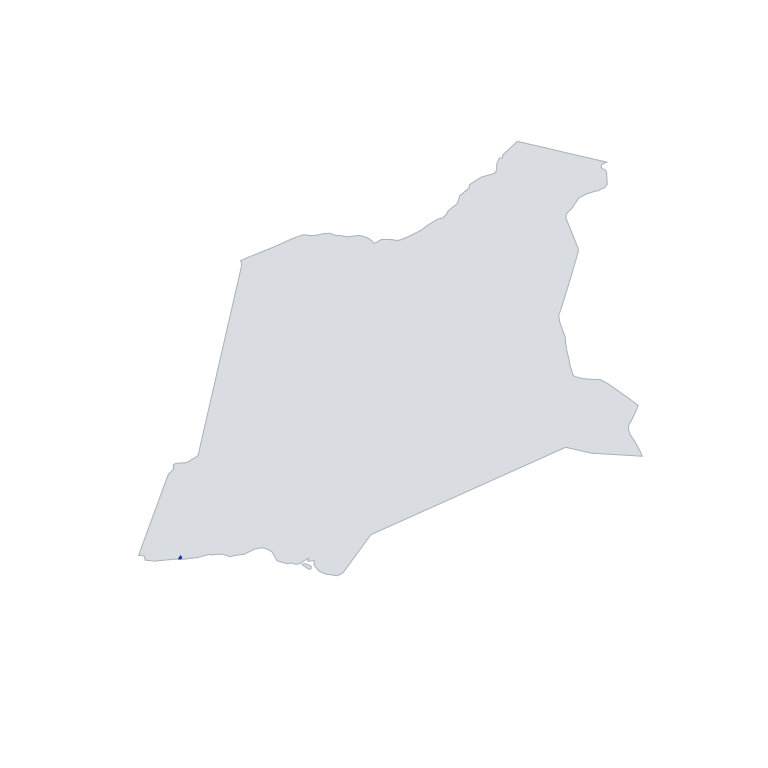 Mvita, Kenya shown in context, rotated 66°
{"feature_id": "3690345B40484627971500", "entity_name": "Mvita", "entity_type": "district", "adm_level": 2, "iso_a3": "KEN", "parent_name": "Kenya", "parent_adm1": "", "projection": "equal_earth", "projection_center": [39.663, -4.052], "detail": "fine", "context": "in_parent", "style": "filled", "palette": "blue", "viewbox_px": 768, "rotation_deg": 66, "n_neighbors": 0, "source": "geoboundaries", "source_scale": "gbopen_adm2", "svg_char_len": 3452}
<svg xmlns="http://www.w3.org/2000/svg" viewBox="0 0 768 768"><g transform="rotate(66 384 384)"><path d="M213.1,464.9L213.0,455.0L214.0,430.0L213.9,408.0L214.8,397.0L218.9,390.0L220.7,385.0L222.1,377.9L224.2,372.1L229.0,367.4L229.8,364.8L234.9,357.0L237.9,346.9L240.2,343.5L243.1,340.3L245.1,338.6L248.4,336.9L251.0,336.0L251.5,335.2L251.7,333.6L250.9,327.3L252.0,325.3L253.8,321.1L255.8,317.2L257.6,314.7L258.7,312.2L259.2,307.8L259.2,304.7L259.2,299.6L258.6,288.0L256.5,278.3L255.2,267.5L256.2,263.9L254.5,257.6L253.7,257.2L252.3,255.8L250.5,249.9L249.2,244.4L248.4,243.0L242.7,238.2L239.8,227.0L236.6,224.5L234.9,213.3L234.6,210.1L236.4,198.9L236.2,196.4L234.3,194.0L229.0,191.6L224.6,187.0L225.2,185.4L225.5,183.7L223.2,182.6L216.6,163.5L225.2,152.1L233.9,140.4L245.1,125.8L255.3,112.3L264.1,100.6L272.0,90.2L271.8,92.2L271.9,94.9L272.8,96.5L274.5,97.6L276.7,96.4L278.7,94.8L280.6,94.4L292.4,98.8L294.4,102.5L294.2,106.6L294.7,109.5L293.8,112.5L292.8,121.4L293.1,129.7L296.6,135.7L299.8,140.5L302.3,147.2L304.1,149.2L306.7,150.3L314.8,150.6L326.9,151.0L338.4,151.4L339.5,151.6L341.9,152.5L352.6,161.5L362.3,169.8L370.6,177.0L378.6,184.0L386.4,190.8L392.4,196.5L398.4,198.2L408.1,199.0L414.8,199.3L421.0,201.7L430.2,203.9L437.0,205.0L441.2,206.3L452.7,207.6L454.6,206.8L459.7,200.6L465.4,190.4L467.6,184.8L475.0,179.2L487.9,171.5L497.0,166.0L507.1,160.5L511.7,165.3L518.0,172.9L520.9,176.7L523.2,178.4L526.6,179.5L530.8,179.5L533.1,179.3L537.8,178.3L548.7,177.4L555.0,177.5L549.7,187.7L543.4,199.8L531.8,222.3L523.0,234.1L516.3,243.0L515.7,244.6L515.7,254.5L515.8,278.8L515.9,327.5L516.1,376.1L516.2,424.8L516.3,449.1L516.3,457.3L522.2,467.5L527.9,477.5L535.5,490.7L539.6,497.8L540.2,500.2L540.0,504.9L533.8,514.8L528.7,519.3L521.8,521.5L519.7,521.1L517.0,519.6L516.0,522.0L515.2,525.7L513.6,524.9L512.5,523.8L513.2,530.4L513.9,533.7L512.8,538.1L509.5,541.9L509.2,545.1L502.0,553.6L491.7,554.6L486.3,558.8L483.9,562.2L482.1,569.7L482.7,581.3L479.9,590.2L479.3,594.6L474.0,600.4L471.7,605.7L469.9,611.1L468.4,613.5L466.6,625.5L464.1,632.8L463.5,635.3L462.9,637.5L461.0,641.8L459.7,644.7L458.8,646.7L452.6,665.4L447.7,673.9L443.9,672.9L441.3,676.2L441.1,677.8L439.7,676.9L436.5,673.8L429.9,667.4L423.4,661.1L416.8,654.7L410.2,648.3L403.7,641.9L397.1,635.6L390.5,629.2L383.9,622.8L380.1,619.1L378.4,616.9L377.0,612.5L376.4,611.4L374.6,610.0L372.6,609.7L372.0,608.9L372.0,606.7L372.7,603.7L375.1,597.8L375.4,594.4L374.9,590.5L374.1,584.2L373.5,582.8L369.1,579.5L360.0,572.7L350.8,565.8L341.7,558.9L332.6,552.1L323.4,545.2L314.3,538.3L305.2,531.5L296.0,524.6L286.9,517.7L277.8,510.9L268.6,504.0L259.5,497.1L250.4,490.3L241.2,483.4L232.1,476.5L222.9,469.6L219.5,467.1L216.4,464.9L213.1,464.9ZM517.0,531.6L515.4,532.1L516.2,528.8L520.9,524.6L522.8,525.5L523.2,526.5L523.1,527.4L522.3,528.3L517.0,531.6Z" fill="#d9dde1" stroke="#a8b0b8" stroke-width="1"/><path d="M458.9,640.0L459.0,640.1L459.0,640.3L459.1,640.5L459.2,640.8L459.3,640.9L459.3,641.0L459.3,641.3L459.5,641.4L459.5,641.5L459.7,641.8L459.8,641.8L459.9,641.7L459.9,641.8L460.0,641.8L459.9,641.9L459.9,642.0L460.0,642.2L460.1,642.3L460.3,642.3L460.4,642.2L460.5,642.0L460.6,641.9L460.8,641.8L460.7,641.8L460.7,641.7L460.7,641.4L460.7,641.2L460.5,640.9L460.4,640.9L460.4,640.7L460.5,640.6L460.6,640.4L460.4,640.4L460.2,640.2L460.3,640.1L460.4,639.9L460.2,639.7L459.9,639.5L459.7,639.5L459.4,639.8L459.2,639.9L459.0,640.0L458.9,640.0Z" fill="#3b82f6" stroke="#1e3a8a" stroke-width="1.5"/></g></svg>